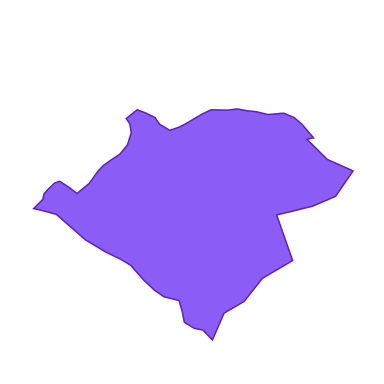 the district of Kontemenos, Cyprus, rotated 301°
{"feature_id": "46923920B62470816278945", "entity_name": "Kontemenos", "entity_type": "district", "adm_level": 2, "iso_a3": "CYP", "parent_name": "Cyprus", "parent_adm1": "", "projection": "equal_earth", "projection_center": [33.133, 35.268], "detail": "fine", "context": "isolated", "style": "filled", "palette": "violet", "viewbox_px": 384, "rotation_deg": 301, "n_neighbors": 0, "source": "geoboundaries", "source_scale": "gbopen_adm2", "svg_char_len": 899}
<svg xmlns="http://www.w3.org/2000/svg" viewBox="0 0 384 384"><g transform="rotate(301 192 192)"><path d="M185.1,313.6L215.9,276.4L241.6,302.4L262.2,317.3L293.0,319.2L289.6,291.2L296.4,263.3L301.0,268.3L306.8,251.1L308.4,241.0L306.8,230.0L297.5,217.2L294.1,206.2L289.9,197.0L286.5,187.9L280.6,180.5L272.2,165.9L263.8,160.4L248.6,152.2L241.0,147.6L233.4,141.2L233.4,135.7L233.4,129.3L236.8,121.9L235.9,111.9L234.3,102.7L221.1,97.8L218.4,103.6L211.4,109.5L199.0,112.4L187.1,110.6L178.5,106.5L169.3,102.4L161.7,100.7L146.6,99.5L131.5,94.2L132.6,84.9L133.1,73.1L128.8,69.6L120.7,67.3L114.3,66.1L108.9,67.9L96.2,64.8L98.4,71.3L102.9,87.0L99.9,104.4L96.1,125.1L96.1,149.1L97.6,165.6L97.6,177.2L91.5,196.3L88.5,210.4L87.7,221.9L92.3,236.8L84.6,245.1L76.3,252.6L76.3,264.2L79.3,272.5L75.6,285.7L104.7,281.9L125.2,293.1L154.3,296.8L185.1,313.6Z" fill="#8b5cf6" stroke="#5b21b6" stroke-width="1.5"/></g></svg>